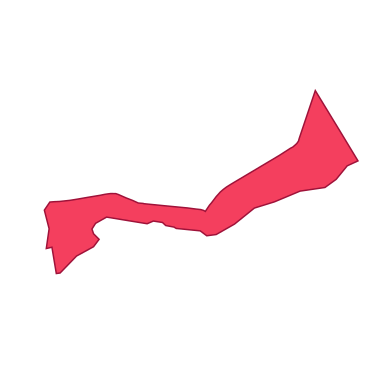 the district of Manyo, Upper Nile, South Sudan, rotated 59°
{"feature_id": "79223893B45725284796006", "entity_name": "Manyo", "entity_type": "district", "adm_level": 2, "iso_a3": "SSD", "parent_name": "South Sudan", "parent_adm1": "Upper Nile", "projection": "equal_earth", "projection_center": [32.292, 11.036], "detail": "fine", "context": "isolated", "style": "filled", "palette": "rose", "viewbox_px": 384, "rotation_deg": 59, "n_neighbors": 0, "source": "geoboundaries", "source_scale": "gbopen_adm2", "svg_char_len": 1055}
<svg xmlns="http://www.w3.org/2000/svg" viewBox="0 0 384 384"><g transform="rotate(59 192 192)"><path d="M192.0,350.3L193.5,346.8L187.4,323.9L188.2,304.6L184.7,296.0L177.1,297.9L172.2,296.8L169.2,290.8L169.5,278.2L196.1,246.8L197.0,240.1L202.9,233.0L207.2,231.8L212.8,225.5L215.1,224.3L229.5,205.0L237.1,201.9L240.9,193.2L241.4,172.0L237.9,146.8L242.9,126.4L246.9,98.9L256.6,75.7L255.4,61.9L249.5,45.5L250.8,33.7L216.0,33.8L168.6,34.1L201.3,72.5L203.2,74.5L204.4,77.2L204.8,79.1L205.4,82.5L205.2,85.1L205.4,91.5L205.6,98.8L205.4,150.1L205.4,155.2L205.5,159.9L205.9,163.8L206.6,167.8L207.5,170.6L208.4,173.6L209.9,177.3L211.3,180.8L212.3,183.8L215.5,190.6L213.8,191.5L211.6,193.5L208.8,197.2L203.4,204.0L190.1,222.0L177.3,239.2L176.6,239.8L173.8,243.7L168.7,247.2L163.3,251.4L156.1,256.5L154.1,258.2L152.5,260.8L151.3,262.8L150.2,265.3L149.0,268.2L147.6,272.2L143.0,283.8L139.1,293.9L136.3,300.9L131.8,310.6L129.4,315.0L127.4,319.0L131.5,327.9L149.9,333.4L165.4,346.0L167.2,340.5L192.0,350.3Z" fill="#f43f5e" stroke="#9f1239" stroke-width="1.5"/></g></svg>